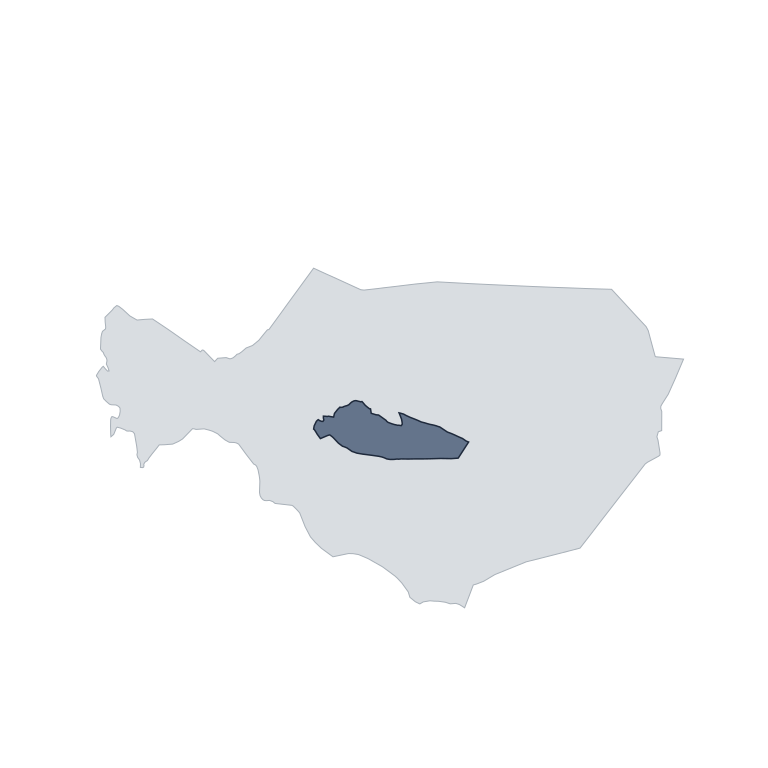 Aderbissinat, Agadez, Niger shown in context, rotated 35°
{"feature_id": "23599985B52241460380538", "entity_name": "Aderbissinat", "entity_type": "district", "adm_level": 2, "iso_a3": "NER", "parent_name": "Niger", "parent_adm1": "Agadez", "projection": "albers", "projection_center": [8.516, 16.502], "detail": "fine", "context": "in_parent", "style": "filled", "palette": "slate", "viewbox_px": 768, "rotation_deg": 35, "n_neighbors": 0, "source": "geoboundaries", "source_scale": "gbopen_adm2", "svg_char_len": 4828}
<svg xmlns="http://www.w3.org/2000/svg" viewBox="0 0 768 768"><g transform="rotate(35 384 384)"><path d="M578.4,521.1L572.2,521.4L568.7,522.5L564.3,526.1L559.4,527.6L553.3,530.7L549.5,533.2L546.0,535.2L541.1,540.0L539.5,543.6L534.6,544.4L527.6,543.9L523.1,540.4L512.8,536.8L506.2,535.4L503.1,535.0L487.5,534.6L470.9,536.2L462.4,538.0L460.8,538.4L456.0,540.7L452.1,543.3L441.3,554.8L427.0,554.5L418.6,553.2L411.4,551.4L401.2,546.1L388.8,537.9L384.0,536.8L379.7,536.1L378.2,536.2L363.3,544.3L360.5,544.1L357.0,545.0L354.6,547.0L352.9,548.0L351.1,548.2L348.8,547.7L346.5,546.5L344.2,544.2L338.2,535.0L336.9,533.4L334.4,530.7L330.0,526.5L327.0,524.5L325.2,524.0L323.1,524.3L311.2,520.6L299.4,516.6L296.7,517.0L294.9,517.8L290.7,520.5L285.8,521.0L279.7,520.6L276.3,520.2L270.8,521.0L267.2,522.1L262.4,523.9L256.1,529.0L254.3,529.6L252.8,530.4L250.5,544.6L248.7,548.8L245.4,554.4L239.1,559.6L234.8,562.8L234.6,567.2L234.1,574.3L233.9,579.3L234.1,582.5L233.4,584.0L233.0,585.4L233.2,587.5L234.2,588.5L234.8,589.9L234.3,590.9L232.3,592.1L230.2,588.9L227.4,586.5L224.3,585.4L222.2,583.7L221.2,581.4L217.2,576.9L208.1,567.8L207.1,567.6L205.5,567.2L202.9,568.2L201.2,569.5L200.0,570.1L198.3,570.1L193.8,571.1L190.2,572.4L190.0,573.6L191.5,580.3L190.6,583.9L189.1,582.1L184.1,575.3L180.7,570.2L180.1,569.0L179.7,567.3L180.0,566.6L181.5,566.1L184.8,565.5L185.4,565.0L185.6,563.7L185.2,561.1L183.5,557.6L181.6,555.2L180.6,554.8L178.6,554.6L176.5,554.9L172.4,557.5L170.7,558.0L166.6,557.6L162.9,556.9L160.7,555.4L154.3,549.6L147.2,543.5L144.2,542.5L143.5,541.9L143.2,537.3L143.5,531.9L143.9,530.5L147.0,531.4L150.2,532.0L151.3,531.0L148.7,529.0L145.1,526.9L143.8,523.9L142.8,522.8L141.2,521.7L139.3,521.1L137.4,520.2L136.1,519.2L133.9,518.8L131.7,518.0L128.6,513.1L125.5,508.3L123.8,504.5L123.2,502.3L124.3,498.6L123.4,497.0L120.0,493.1L117.2,489.4L118.2,483.9L119.0,479.3L119.1,476.4L119.6,474.8L120.1,473.0L122.1,472.5L127.1,472.7L136.8,474.0L144.7,473.3L145.1,473.2L150.8,468.4L157.1,463.5L166.3,463.3L176.2,463.1L184.0,463.1L195.4,463.1L204.5,463.0L215.2,462.9L215.6,460.5L216.2,460.0L217.3,459.9L225.0,461.4L232.4,462.8L233.0,458.3L239.6,452.9L243.3,451.8L244.2,450.9L245.4,449.0L246.2,446.1L246.5,444.0L247.9,442.3L249.0,439.2L250.4,433.6L254.2,427.9L256.4,420.0L256.9,412.4L257.4,406.5L258.5,405.4L258.7,395.0L258.9,384.7L259.0,375.9L259.2,364.9L259.4,355.4L259.6,345.0L259.8,335.7L259.9,329.5L267.2,328.2L274.8,326.8L285.8,324.7L297.8,322.5L310.9,320.1L313.8,318.5L323.8,309.7L328.2,305.7L337.1,297.8L343.9,291.7L352.6,283.9L361.7,276.1L369.0,269.8L380.4,262.7L397.6,252.0L414.7,241.2L431.7,230.4L448.7,219.6L465.7,208.7L482.5,197.8L499.4,186.9L516.1,175.9L533.2,179.6L549.5,183.2L565.9,186.7L569.8,188.7L578.6,196.1L590.0,205.6L590.5,205.8L591.0,205.8L601.5,199.7L615.1,191.8L619.4,212.0L622.7,229.3L623.2,240.5L623.5,243.4L624.7,245.3L627.3,247.2L638.2,262.9L636.1,265.8L637.8,270.7L640.6,272.8L649.6,282.1L650.8,283.9L650.4,285.5L644.7,297.0L643.8,299.8L643.1,314.3L642.6,324.5L641.9,338.5L641.1,355.3L640.4,369.5L639.6,388.2L638.7,406.0L630.2,416.0L615.0,433.7L602.5,448.1L596.3,457.7L584.2,476.4L578.8,488.4L574.6,494.7L572.4,497.4L574.6,506.0L578.4,521.1Z" fill="#d9dde1" stroke="#a8b0b8" stroke-width="1"/><path d="M363.2,465.2L367.3,458.6L368.4,457.2L368.8,456.8L371.9,456.9L373.4,457.1L377.7,458.0L380.6,458.6L385.7,458.8L387.2,458.3L390.2,457.6L396.5,457.6L398.4,457.0L401.4,456.2L406.9,453.6L409.9,452.0L415.1,449.3L421.2,446.2L424.1,445.0L426.5,444.3L429.2,443.8L432.3,442.3L435.5,440.0L437.7,438.0L439.0,437.3L441.1,435.5L447.0,431.5L452.6,427.4L458.2,423.5L464.4,419.0L470.3,414.6L473.1,412.5L482.0,406.5L486.9,402.5L487.3,402.1L486.6,383.0L484.0,383.6L479.5,383.6L478.2,383.9L474.7,384.6L471.2,385.2L468.2,385.8L466.1,386.3L463.5,387.0L454.3,387.2L452.6,387.8L450.7,388.3L448.5,389.1L446.8,389.8L444.8,390.7L442.0,391.7L439.5,392.5L436.4,393.7L432.6,394.4L428.6,395.3L424.6,396.3L420.1,397.1L417.3,397.4L416.2,397.8L414.1,398.5L412.9,399.0L414.9,400.3L418.6,402.8L420.7,404.9L422.0,406.4L422.0,408.2L421.4,408.5L419.7,409.3L418.9,410.0L417.5,410.5L415.9,411.2L413.5,412.0L410.9,412.7L409.3,413.1L407.5,413.0L406.6,412.6L397.4,412.5L395.1,413.8L393.2,414.4L390.8,415.2L390.3,415.3L388.4,413.3L387.2,412.1L386.8,412.3L386.4,412.6L383.9,412.5L380.8,412.2L380.4,412.1L377.4,411.3L376.0,411.0L375.1,412.0L374.3,412.2L372.9,412.8L371.0,413.5L370.0,414.1L369.0,415.2L367.9,417.3L367.5,418.8L367.1,421.1L366.1,422.9L365.0,424.2L363.7,426.0L363.6,426.6L361.8,428.1L361.2,428.2L360.6,431.3L360.3,436.5L361.7,440.0L358.8,441.4L357.0,442.2L356.1,443.2L354.7,443.9L354.1,444.3L352.8,445.1L353.9,446.7L355.4,448.0L355.4,449.7L354.3,450.4L352.3,450.9L350.6,450.9L350.3,451.7L350.0,453.4L350.4,455.8L350.8,458.3L352.2,461.3L353.1,461.3L355.6,462.3L358.0,463.4L363.2,465.2Z" fill="#64748b" stroke="#1e293b" stroke-width="1.5"/></g></svg>